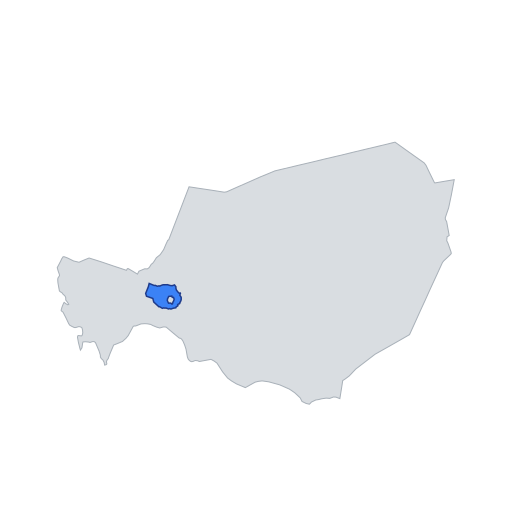 Tahoua, Tahoua, Niger (highlighted), rotated 21°
{"feature_id": "23599985B71026362524800", "entity_name": "Tahoua", "entity_type": "district", "adm_level": 2, "iso_a3": "NER", "parent_name": "Niger", "parent_adm1": "Tahoua", "projection": "robinson", "projection_center": [5.148, 14.985], "detail": "fine", "context": "in_parent", "style": "filled", "palette": "blue", "viewbox_px": 512, "rotation_deg": 21, "n_neighbors": 0, "source": "geoboundaries", "source_scale": "gbopen_adm2", "svg_char_len": 4118}
<svg xmlns="http://www.w3.org/2000/svg" viewBox="0 0 512 512"><g transform="rotate(21 256 256)"><path d="M385.4,359.1L381.2,359.1L378.8,359.9L375.9,362.5L372.5,363.5L368.4,365.8L365.9,367.6L363.4,369.0L360.1,372.5L359.0,375.2L355.7,375.7L351.1,375.3L348.1,372.6L341.2,369.8L336.7,368.7L334.7,368.3L324.2,367.8L313.0,368.9L307.3,370.2L306.3,370.5L303.1,372.2L300.4,374.1L293.2,382.7L283.6,382.4L277.9,381.4L273.2,380.1L266.3,376.1L258.0,370.0L254.7,369.1L251.8,368.7L250.9,368.7L240.9,374.8L239.0,374.7L236.6,375.4L235.1,376.9L233.9,377.7L232.7,377.8L231.2,377.4L229.6,376.5L228.1,374.8L224.0,368.0L223.1,366.9L221.4,364.8L218.4,361.7L216.4,360.3L215.2,359.9L213.7,360.1L205.7,357.4L197.7,354.6L196.0,355.0L194.7,355.6L191.9,357.7L188.7,358.0L184.5,357.9L182.3,357.6L178.6,358.3L176.2,359.1L173.0,360.6L168.8,364.4L167.6,364.9L166.6,365.6L165.2,376.2L164.1,379.4L162.0,383.6L157.8,387.6L155.0,390.1L154.9,393.4L154.7,398.7L154.7,402.4L154.8,404.8L154.4,406.0L154.2,407.0L154.3,408.6L155.0,409.4L155.4,410.3L155.1,411.1L153.8,412.1L152.3,409.7L150.4,408.0L148.3,407.2L146.9,406.0L146.2,404.3L143.5,400.9L137.2,394.4L136.6,394.2L135.5,393.9L133.7,394.7L132.6,395.8L131.9,396.2L130.7,396.3L127.7,397.1L125.3,398.2L125.3,399.1L126.4,404.1L125.8,406.8L124.8,405.5L121.3,400.5L119.0,396.7L118.5,395.9L118.2,394.6L118.5,394.0L119.4,393.7L121.6,393.2L122.0,392.8L122.1,391.8L121.8,389.8L120.6,387.3L119.3,385.5L118.6,385.2L117.3,385.1L115.9,385.4L113.2,387.5L112.0,387.9L109.3,387.7L106.8,387.3L105.3,386.2L100.9,382.0L96.0,377.6L94.0,377.0L93.5,376.5L93.2,373.2L93.3,369.1L93.5,368.0L95.6,368.7L97.8,369.0L98.5,368.2L96.7,366.8L94.2,365.3L93.3,363.1L92.6,362.3L91.5,361.5L90.2,361.1L88.9,360.5L88.0,359.8L86.5,359.6L85.0,359.1L82.8,355.5L80.7,352.0L79.4,349.2L79.0,347.6L79.6,344.8L79.0,343.6L76.6,340.8L74.6,338.1L75.1,334.0L75.5,330.6L75.6,328.4L75.9,327.2L76.2,325.8L77.5,325.4L80.9,325.4L87.5,326.0L92.8,325.3L93.1,325.2L96.8,321.5L100.9,317.7L107.2,317.3L113.9,316.9L119.1,316.7L126.8,316.4L133.0,316.1L140.2,315.8L140.4,314.1L140.9,313.6L141.6,313.6L146.9,314.5L151.8,315.4L152.2,312.1L156.6,307.9L159.1,307.0L159.7,306.3L160.5,304.9L160.9,302.7L161.2,301.2L162.1,299.9L162.8,297.5L163.6,293.3L166.1,289.0L167.5,283.1L167.7,277.4L168.0,273.0L168.7,272.1L168.7,264.4L168.7,256.7L168.7,250.1L168.7,241.9L168.7,234.8L168.7,227.0L168.7,220.1L168.7,215.4L173.7,214.3L178.8,213.2L186.4,211.5L194.6,209.7L203.5,207.8L205.6,206.6L212.3,199.9L215.3,196.9L221.4,190.9L226.0,186.3L231.9,180.4L238.2,174.5L243.1,169.8L251.0,164.4L262.8,156.3L274.6,148.3L286.3,140.2L298.1,132.2L309.8,124.1L321.6,116.0L333.3,108.0L345.0,99.9L356.9,103.0L368.2,105.9L379.6,108.8L382.2,110.4L388.3,116.2L396.2,123.5L396.5,123.6L396.8,123.7L404.2,119.3L413.7,113.7L416.5,129.0L418.6,142.1L418.9,150.4L419.0,152.6L419.8,154.1L421.6,155.5L429.0,167.6L427.5,169.7L428.6,173.4L430.5,175.1L436.6,182.3L437.4,183.7L437.1,184.8L433.0,193.3L432.4,195.3L431.7,206.1L431.2,213.8L430.5,224.2L429.8,236.7L429.1,247.3L428.3,261.2L427.5,274.4L421.6,281.7L411.0,294.6L402.4,305.0L398.1,312.0L389.7,325.7L386.0,334.6L383.1,339.2L381.6,341.2L383.0,347.7L385.4,359.1Z" fill="#d9dde1" stroke="#a8b0b8" stroke-width="1"/><path d="M184.1,337.9L185.7,338.1L186.4,338.3L187.6,338.3L188.2,337.6L189.7,337.3L190.6,336.8L193.3,336.8L194.1,336.1L195.6,336.0L197.6,334.3L199.7,333.1L199.7,332.1L200.9,330.5L200.8,330.1L200.3,329.5L200.7,328.7L201.7,328.0L201.8,327.3L201.5,326.6L201.8,326.1L201.9,324.4L201.7,323.2L200.9,321.3L198.9,319.9L198.8,317.9L198.5,317.7L197.9,318.2L197.4,318.2L196.2,317.7L193.9,316.3L192.7,314.7L192.3,313.5L190.3,312.2L188.3,313.8L186.5,314.3L183.7,314.5L179.5,316.2L178.4,317.1L176.9,318.6L176.2,318.6L174.7,319.6L172.5,319.5L171.5,320.0L166.1,319.9L166.5,323.2L166.4,330.5L167.5,331.9L168.2,332.8L174.9,332.6L177.0,335.6L183.5,338.2L184.1,337.9ZM192.3,324.4L193.0,324.6L193.8,324.2L195.1,325.7L195.2,327.6L195.0,328.5L195.1,329.9L195.1,330.7L194.7,331.0L193.7,330.6L192.6,330.7L191.3,331.4L190.8,331.0L189.1,329.3L188.7,327.3L188.9,326.8L188.9,325.4L189.0,325.0L191.8,323.6L192.3,324.4Z" fill="#3b82f6" stroke="#1e3a8a" stroke-width="1.5"/></g></svg>